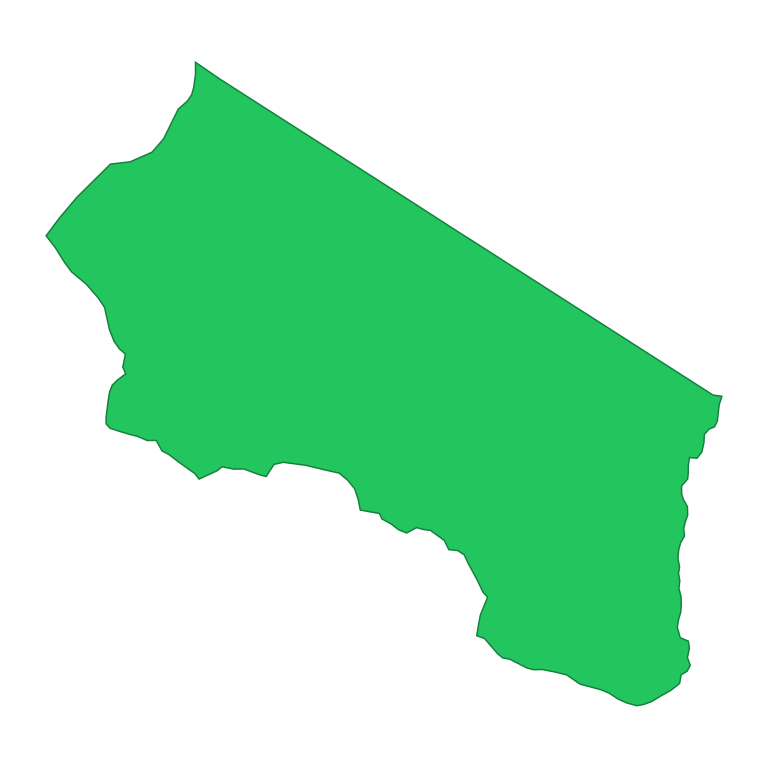 the district of Delmiro Gouveia, Alagoas, Brazil
{"feature_id": "56859067B13421940338218", "entity_name": "Delmiro Gouveia", "entity_type": "district", "adm_level": 2, "iso_a3": "BRA", "parent_name": "Brazil", "parent_adm1": "Alagoas", "projection": "natural_earth1", "projection_center": [-38.034, -9.399], "detail": "fine", "context": "isolated", "style": "filled", "palette": "green", "viewbox_px": 768, "rotation_deg": 0, "n_neighbors": 0, "source": "geoboundaries", "source_scale": "gbopen_adm2", "svg_char_len": 1894}
<svg xmlns="http://www.w3.org/2000/svg" viewBox="0 0 768 768"><path d="M46.1,235.8L55.4,247.8L64.7,262.6L71.4,271.7L86.4,284.3L98.5,298.3L104.6,307.5L109.5,329.7L114.2,341.5L119.4,348.8L125.4,354.2L122.8,367.1L125.7,373.8L117.6,379.9L112.2,385.2L109.6,392.0L108.1,401.3L106.1,417.2L106.1,423.9L110.1,428.3L119.7,431.4L129.8,434.4L137.9,436.5L147.2,440.5L156.2,440.4L162.0,450.9L169.0,454.6L178.2,461.7L195.0,473.7L199.1,479.1L204.6,476.5L217.2,470.7L222.2,466.8L233.7,469.1L243.9,469.0L260.1,475.0L266.2,476.5L274.0,464.4L283.2,462.3L305.8,465.3L324.4,469.8L339.2,473.1L347.7,480.2L354.7,488.9L358.2,499.4L360.3,510.1L379.4,513.5L382.0,519.0L391.2,524.0L398.5,529.7L406.6,533.0L416.7,527.6L423.7,529.6L430.3,530.3L444.3,540.4L448.8,549.6L457.8,550.6L464.3,554.9L468.3,563.6L477.5,580.5L482.8,591.9L487.6,597.3L480.4,614.9L478.7,623.9L476.7,635.7L484.5,638.5L497.8,653.9L502.7,657.9L509.7,659.2L527.0,668.0L533.4,669.7L542.1,669.5L553.6,671.7L566.5,674.8L580.2,684.2L588.1,686.3L601.4,689.9L609.2,693.2L618.2,699.1L626.0,702.7L636.7,705.7L643.9,704.4L651.3,701.7L660.8,696.0L670.9,690.3L679.6,683.5L681.1,674.8L687.1,671.2L690.3,665.4L687.4,657.5L689.4,648.2L688.3,641.1L680.2,637.7L677.3,627.2L678.5,619.9L680.7,612.1L681.3,605.4L681.0,596.4L678.9,588.3L679.8,580.8L678.5,573.2L679.6,567.0L677.9,558.2L678.7,549.9L680.5,543.1L684.5,536.0L683.7,529.0L685.1,522.5L687.7,515.2L687.4,506.5L683.7,500.1L681.6,494.3L681.6,485.9L687.6,479.1L688.3,472.8L688.3,465.7L689.4,457.6L697.0,458.2L701.8,452.2L703.9,442.8L704.4,434.4L709.2,429.0L714.4,426.9L717.3,421.3L718.1,413.8L719.2,404.7L721.9,396.3L712.9,395.0L606.6,326.9L483.9,248.2L457.5,231.4L402.6,196.0L252.5,100.0L219.6,78.9L195.5,62.3L195.5,74.5L193.7,87.6L191.7,94.6L187.4,101.0L178.2,109.2L163.6,138.8L157.3,146.2L151.8,152.3L130.1,161.8L110.4,164.1L76.8,197.4L59.7,217.7L46.1,235.8Z" fill="#22c55e" stroke="#15803d" stroke-width="1.5"/></svg>